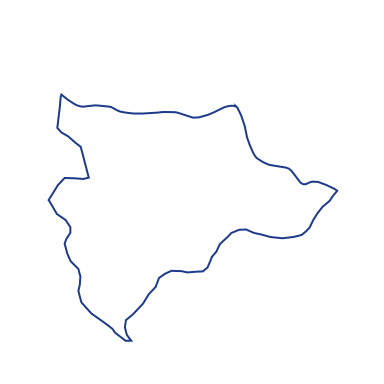 Hochon, Hamgyŏng-namdo, North Korea (Robinson projection), rotated 75°
{"feature_id": "82179303B14875494019042", "entity_name": "Hochon", "entity_type": "district", "adm_level": 2, "iso_a3": "PRK", "parent_name": "North Korea", "parent_adm1": "Hamgyŏng-namdo", "projection": "robinson", "projection_center": [128.612, 40.869], "detail": "fine", "context": "isolated", "style": "outline", "palette": "blue", "viewbox_px": 384, "rotation_deg": 75, "n_neighbors": 0, "source": "geoboundaries", "source_scale": "gbopen_adm2", "svg_char_len": 1712}
<svg xmlns="http://www.w3.org/2000/svg" viewBox="0 0 384 384"><g transform="rotate(75 192 192)"><path d="M118.5,137.9L118.6,139.5L120.8,150.7L121.6,156.6L121.7,166.1L120.4,171.9L111.5,185.6L110.4,188.1L107.7,197.5L107.2,199.3L106.3,205.3L103.3,220.0L101.0,228.3L97.9,236.1L95.6,240.8L93.5,243.4L88.9,248.2L87.8,250.7L83.9,261.0L83.1,263.9L81.4,275.2L80.3,277.8L78.5,280.7L76.2,283.2L70.6,288.2L64.1,292.9L66.3,294.3L74.2,297.1L84.7,301.3L95.2,305.5L100.6,302.8L106.1,297.3L114.2,291.9L119.6,287.8L126.2,287.8L134.2,287.9L151.4,288.0L151.3,293.5L148.4,301.8L145.5,311.4L150.6,319.7L157.1,326.6L162.7,332.6L163.6,332.2L178.3,328.2L186.4,321.3L194.5,318.6L199.8,320.0L204.9,325.6L208.9,328.4L219.5,328.4L227.5,327.1L236.9,321.7L244.9,321.7L252.8,324.5L258.0,327.3L262.0,327.4L270.0,327.4L283.4,320.6L291.5,313.8L298.3,308.3L303.7,304.2L307.7,302.9L313.1,298.8L318.5,294.7L319.9,289.2L313.2,291.9L309.2,291.9L305.3,291.8L298.7,289.0L294.9,280.8L287.2,268.3L279.4,260.0L274.3,251.7L266.5,246.1L264.0,239.2L262.8,232.3L265.7,222.7L268.5,217.2L270.0,208.9L271.5,202.1L268.9,196.5L263.7,192.4L259.8,189.6L256.0,184.0L249.5,178.5L244.4,168.8L241.8,164.7L240.7,156.4L242.2,149.5L247.6,142.7L250.4,137.2L255.9,127.6L260.1,116.6L261.7,105.6L261.9,97.3L259.4,91.8L256.8,87.6L250.3,82.0L245.2,76.5L240.0,69.6L236.2,61.3L232.4,57.1L228.4,51.4L226.0,53.4L219.8,60.7L214.9,67.6L213.2,72.9L213.1,75.4L213.9,80.1L213.3,82.6L211.0,84.8L197.4,90.4L194.6,92.3L192.8,94.8L186.4,109.0L184.8,111.7L181.1,116.1L176.0,120.7L173.3,121.9L170.3,122.7L162.2,124.0L153.5,124.7L142.0,124.0L130.7,124.7L122.5,126.3L120.0,127.7L120.5,127.8L119.1,130.7L118.6,133.3L118.4,136.5L118.5,137.9Z" fill="none" stroke="#1e3a8a" stroke-width="2"/></g></svg>